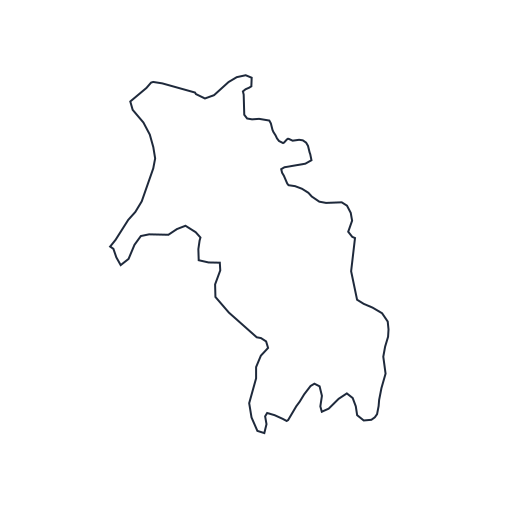 the border of Sanguié, rotated 139°
{"feature_id": "BFA-2819", "entity_name": "Sanguié", "entity_type": "Province", "adm_level": 1, "iso_a3": "BFA", "parent_name": "Burkina Faso", "parent_adm1": "", "projection": "albers", "projection_center": [-2.62, 12.212], "detail": "fine", "context": "isolated", "style": "outline", "palette": "slate", "viewbox_px": 512, "rotation_deg": 139, "n_neighbors": 0, "source": "natural_earth", "source_scale": "10m", "svg_char_len": 1902}
<svg xmlns="http://www.w3.org/2000/svg" viewBox="0 0 512 512"><g transform="rotate(139 256 256)"><path d="M156.2,323.7L154.9,323.5L154.3,322.6L152.7,319.0L147.2,315.4L144.8,312.6L143.8,308.7L144.5,305.0L147.6,299.0L148.3,297.2L151.3,291.9L158.2,293.3L176.3,304.3L180.0,305.0L181.7,301.7L182.3,298.3L184.9,290.2L185.0,288.1L180.7,283.1L177.2,276.6L175.0,269.3L174.9,264.3L172.6,255.5L168.3,250.1L156.1,240.3L154.3,234.3L156.2,226.4L160.3,219.6L170.5,213.8L170.8,207.3L169.5,204.6L194.2,182.1L208.4,156.7L206.1,149.2L201.9,140.6L198.4,130.1L199.6,120.1L204.2,113.6L209.3,108.4L218.0,102.9L226.0,96.5L235.4,82.2L248.0,74.0L257.5,66.6L261.9,62.3L268.4,57.2L272.2,56.3L276.4,56.7L282.6,61.2L284.1,69.5L279.3,77.1L276.2,85.4L277.6,92.7L287.3,94.0L301.3,93.1L308.5,95.3L306.1,100.3L298.0,107.2L293.5,115.9L295.7,121.3L300.1,122.1L310.4,120.0L318.6,117.4L324.1,116.2L339.4,111.1L341.1,111.4L342.7,115.6L346.4,123.7L350.6,130.2L354.3,129.0L358.4,122.2L365.9,116.9L369.7,123.1L365.3,137.1L357.7,149.4L336.2,163.6L328.8,172.1L317.7,177.6L307.2,178.7L304.4,184.9L306.1,190.8L308.8,194.2L313.6,231.1L313.5,251.7L305.5,261.4L292.4,268.6L287.7,274.7L296.0,282.2L302.0,290.4L295.0,299.0L288.5,304.6L285.8,306.4L285.9,313.5L289.4,325.1L298.0,328.2L308.2,329.5L322.5,342.5L329.8,346.6L340.3,344.2L354.1,337.4L364.1,337.9L362.3,346.6L358.9,355.0L359.9,358.8L351.5,360.3L328.7,367.1L318.2,368.4L306.4,372.2L276.1,389.5L268.1,395.8L262.1,405.5L256.5,417.3L253.4,430.6L253.2,447.2L249.5,455.1L228.5,454.7L221.4,455.7L219.4,454.8L213.5,447.8L194.8,419.4L195.1,417.6L191.2,408.4L182.1,404.9L162.6,405.3L153.2,403.6L145.2,399.2L142.3,393.4L148.2,387.1L150.7,387.5L154.5,388.7L157.9,388.8L159.4,385.9L172.2,370.3L172.5,365.6L169.3,361.7L163.7,357.5L157.1,349.5L157.8,346.3L160.8,340.4L161.5,338.2L162.1,334.2L163.0,331.0L163.2,327.7L161.5,323.5L160.4,323.2L156.2,323.7Z" fill="none" stroke="#1e293b" stroke-width="2"/></g></svg>